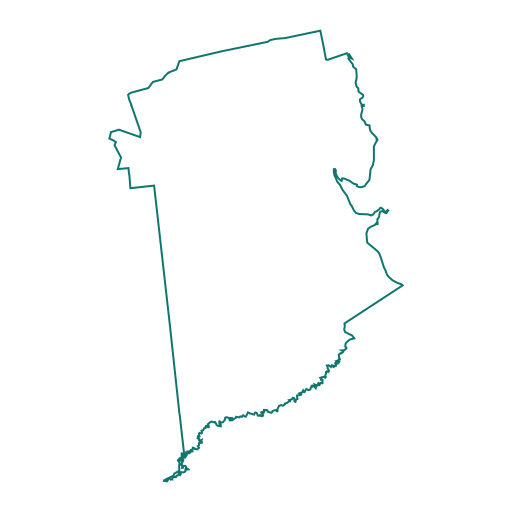 Ķūļciema pag., Talsi, Latvia (Mercator projection)
{"feature_id": "27541924B13857395207606", "entity_name": "Ķūļciema pag.", "entity_type": "district", "adm_level": 2, "iso_a3": "LVA", "parent_name": "Latvia", "parent_adm1": "Talsi", "projection": "mercator", "projection_center": [23.02, 57.24], "detail": "fine", "context": "isolated", "style": "outline", "palette": "teal", "viewbox_px": 512, "rotation_deg": 0, "n_neighbors": 0, "source": "geoboundaries", "source_scale": "gbopen_adm2", "svg_char_len": 6082}
<svg xmlns="http://www.w3.org/2000/svg" viewBox="0 0 512 512"><path d="M173.5,475.6L164.1,480.3L163.9,480.9L167.1,481.3L167.9,480.1L168.2,479.2L168.1,478.4L169.2,478.4L170.9,479.7L171.5,479.3L172.3,479.4L172.2,478.6L172.8,477.6L172.9,476.7L175.6,477.1L175.6,476.6L176.3,476.5L176.8,475.6L178.1,475.2L179.0,474.1L178.5,473.0L178.6,472.7L179.0,472.6L179.9,473.6L179.4,474.6L180.1,475.1L180.7,473.9L179.9,472.5L180.5,472.1L183.6,472.4L185.4,471.4L185.4,469.7L188.4,469.4L187.9,468.8L185.8,468.0L186.0,467.1L185.9,466.5L185.3,465.9L183.7,465.9L183.1,466.4L183.0,467.6L182.0,467.8L182.3,466.0L182.1,465.1L180.8,464.8L182.5,462.2L181.9,461.2L180.4,460.6L180.0,460.1L181.3,459.4L183.1,460.5L183.3,459.9L182.1,457.8L182.6,457.3L184.0,457.5L183.6,456.5L184.6,456.7L185.0,457.5L185.4,457.1L185.2,456.1L183.7,455.6L183.4,454.7L184.2,454.6L186.3,455.7L187.3,454.0L186.5,453.8L185.9,453.0L186.2,452.2L189.5,453.2L190.4,452.1L189.0,451.3L190.3,451.1L190.8,450.1L191.5,450.4L192.0,451.5L192.5,451.4L192.4,450.4L192.0,449.6L192.9,448.7L192.8,447.9L193.0,447.6L194.2,448.1L194.0,448.6L194.3,448.8L197.1,449.4L198.9,448.0L199.0,447.7L197.8,446.1L198.9,445.3L199.1,444.5L198.9,443.2L199.5,442.6L200.8,443.0L201.9,442.7L201.8,441.7L201.2,441.0L201.6,439.9L199.5,440.9L198.9,440.1L199.2,439.0L197.7,438.3L197.9,436.6L198.9,437.1L199.6,436.4L198.9,434.8L199.0,433.5L199.7,432.9L201.1,433.5L201.8,433.1L202.0,432.1L201.5,430.7L203.2,430.2L204.2,428.1L205.5,428.1L205.7,426.3L206.0,425.9L206.6,425.9L207.6,427.0L208.7,427.2L208.7,425.8L207.9,424.2L210.4,422.0L211.8,421.6L213.4,422.2L214.8,421.9L215.3,422.4L215.4,423.2L216.0,423.4L216.6,425.0L217.4,425.6L220.8,426.3L220.9,425.1L219.5,423.9L219.2,422.1L219.4,421.4L219.9,421.4L220.9,422.8L222.8,422.3L225.1,419.6L225.2,417.7L226.0,417.3L227.6,417.4L229.2,418.4L230.0,418.0L230.2,418.4L229.4,419.4L229.4,419.7L229.8,420.3L230.7,420.4L230.8,420.0L230.5,418.8L231.0,418.1L232.0,417.9L232.4,418.6L232.0,419.1L231.9,420.0L232.2,420.2L235.7,417.9L236.1,416.8L239.3,417.4L240.2,416.5L242.0,416.8L242.6,415.4L243.2,415.3L244.8,416.5L245.9,416.6L248.0,412.4L249.9,413.4L254.1,414.6L255.0,412.6L255.7,412.6L256.6,412.9L257.9,415.6L259.0,415.8L259.9,415.1L260.7,415.2L261.0,416.0L262.5,416.2L263.1,415.3L262.5,413.8L262.8,413.5L261.3,413.0L261.2,412.4L261.9,412.0L263.6,412.7L264.3,411.7L263.7,410.8L263.9,409.9L266.6,410.0L267.5,410.5L267.6,411.5L267.9,411.8L271.3,412.8L272.1,412.4L272.3,411.3L273.7,410.5L276.4,410.0L276.4,410.6L276.8,411.2L277.4,411.3L277.6,411.0L277.2,409.8L279.0,405.9L281.0,405.1L282.9,405.7L284.9,404.4L284.8,403.6L287.2,402.8L288.7,401.5L290.0,401.3L290.1,400.5L289.4,400.0L291.9,399.3L292.7,397.8L293.8,397.9L294.2,399.0L294.5,401.2L294.7,401.7L295.5,401.8L296.0,399.5L297.5,398.9L296.9,396.1L297.2,395.4L300.7,395.0L301.1,394.3L299.4,393.3L300.5,392.8L301.3,393.2L302.2,392.2L303.1,390.4L304.0,392.1L304.5,392.2L305.8,389.5L306.4,389.0L308.1,390.0L309.6,389.9L310.4,389.3L310.8,387.7L312.4,386.6L311.6,386.0L312.2,385.5L314.0,386.2L315.7,388.2L316.0,387.3L315.3,385.9L314.8,385.8L314.5,384.4L317.3,385.6L317.7,385.3L317.7,384.5L318.5,383.0L318.8,383.1L318.8,383.8L319.3,385.1L319.7,384.8L319.9,383.9L320.6,383.0L322.2,383.3L322.6,382.9L322.2,382.3L322.6,380.6L322.5,380.0L321.0,379.8L321.4,378.8L320.3,377.8L323.4,376.8L324.8,376.9L325.2,377.7L325.8,377.1L325.4,376.2L325.4,375.0L326.0,373.7L325.9,372.3L326.2,371.8L327.0,371.3L328.1,372.1L328.9,371.2L328.9,370.6L327.7,368.5L327.6,366.9L326.9,365.5L328.8,365.3L330.9,367.0L331.9,365.2L333.6,365.7L333.2,366.5L333.4,367.0L336.0,365.8L335.9,364.7L335.2,363.5L335.4,362.8L336.3,362.5L336.4,363.5L337.7,363.7L339.2,362.0L336.6,360.9L339.8,359.6L339.9,359.3L338.9,359.0L339.3,357.3L338.9,356.3L338.8,354.6L339.8,354.1L340.4,353.2L341.3,353.4L343.3,351.8L343.3,351.2L341.8,350.4L344.3,350.2L346.3,348.5L346.4,347.6L345.3,346.7L345.3,345.8L345.6,343.7L346.5,342.3L349.8,339.6L354.3,338.4L352.1,335.5L345.2,332.1L344.2,329.7L344.8,326.2L344.5,323.4L402.6,285.4L401.6,284.4L396.9,282.6L392.5,280.3L388.3,276.5L387.0,274.6L385.2,269.7L383.9,267.4L380.9,257.7L379.2,253.5L377.5,251.2L367.4,242.8L367.1,241.9L366.4,233.4L368.0,228.9L370.7,226.8L374.8,225.0L376.4,223.1L377.2,224.3L377.7,224.0L377.7,222.8L377.3,222.2L377.4,219.3L379.1,216.9L379.5,213.6L380.4,211.6L382.4,211.2L386.0,213.3L386.4,213.1L388.1,210.5L387.5,210.0L385.9,211.9L385.3,212.0L384.7,211.8L383.3,209.5L381.2,207.8L380.4,207.8L378.8,209.7L376.3,211.5L375.0,211.8L373.3,214.3L371.3,215.5L368.1,214.4L359.0,214.0L355.9,212.9L353.9,210.4L351.7,206.0L350.3,204.0L346.9,195.7L342.8,190.3L339.8,184.6L337.3,181.8L335.2,176.7L334.6,175.9L333.8,172.3L333.9,169.1L335.2,169.1L335.8,170.6L335.7,173.5L337.2,176.7L339.0,179.0L341.0,180.6L341.7,180.9L342.1,178.4L344.2,178.6L349.6,180.8L353.4,183.6L356.9,184.6L356.8,186.0L358.8,187.1L361.9,187.1L364.8,186.0L366.2,183.8L369.2,180.3L369.7,178.2L370.4,170.6L370.7,169.1L372.8,165.2L373.9,160.1L373.9,146.3L376.5,141.3L377.5,140.4L376.8,140.6L376.6,139.2L377.2,139.2L376.2,137.3L371.7,132.7L370.2,130.4L369.7,128.2L369.6,125.5L365.9,124.6L364.4,121.1L362.3,119.5L361.3,117.6L361.1,114.7L362.3,110.6L362.5,109.2L361.7,106.1L363.8,106.0L363.8,104.8L361.8,104.9L360.1,101.7L359.8,99.8L360.5,98.8L362.4,97.8L363.2,96.2L363.1,94.9L358.9,91.9L358.3,90.6L358.4,88.7L358.1,88.0L356.7,86.8L356.4,86.0L355.6,82.5L356.6,78.4L356.7,75.9L356.2,69.4L353.0,66.5L352.9,64.5L348.4,58.7L349.2,57.5L351.9,58.6L349.2,54.4L348.2,55.8L347.0,53.2L327.7,59.8L326.0,59.5L322.9,43.0L320.3,30.7L284.9,38.1L275.4,38.9L270.2,40.1L267.7,41.8L222.1,51.2L179.4,61.2L176.4,69.5L168.6,72.5L168.6,72.9L168.1,72.9L165.6,75.3L162.2,79.5L152.9,81.9L148.4,88.0L131.4,92.6L129.2,93.7L128.1,94.9L129.3,99.9L131.5,105.1L131.2,105.7L131.8,106.5L140.7,132.3L140.1,137.1L119.0,129.7L111.0,132.1L109.4,138.6L113.4,140.4L115.9,142.1L114.5,145.2L121.0,157.5L117.8,169.1L128.5,168.1L129.0,174.1L129.3,174.4L130.4,188.2L154.1,185.6L169.9,325.4L179.3,412.5L179.9,416.5L184.1,453.8L181.7,453.4L181.7,457.4L180.0,458.0L177.9,460.3L179.6,463.2L179.1,465.9L179.3,470.7L174.3,473.6L173.5,475.6Z" fill="none" stroke="#0f766e" stroke-width="2"/></svg>